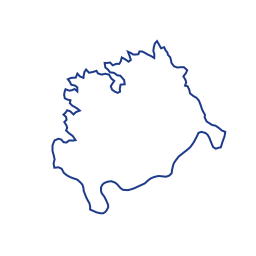 Santa Maria da Serra, São Paulo, Brazil (Mercator projection), rotated 318°
{"feature_id": "56859067B48466471181583", "entity_name": "Santa Maria da Serra", "entity_type": "district", "adm_level": 2, "iso_a3": "BRA", "parent_name": "Brazil", "parent_adm1": "São Paulo", "projection": "mercator", "projection_center": [-48.153, -22.565], "detail": "fine", "context": "isolated", "style": "outline", "palette": "blue", "viewbox_px": 256, "rotation_deg": 318, "n_neighbors": 0, "source": "geoboundaries", "source_scale": "gbopen_adm2", "svg_char_len": 2638}
<svg xmlns="http://www.w3.org/2000/svg" viewBox="0 0 256 256"><g transform="rotate(318 128 128)"><path d="M184.0,204.5L189.2,201.4L194.3,198.7L197.7,195.9L196.1,192.8L195.5,188.6L194.6,184.9L192.5,182.0L190.8,175.8L192.1,171.3L194.0,169.8L194.7,166.6L195.4,163.9L196.9,160.6L199.0,155.2L199.1,151.5L197.9,147.7L197.3,143.8L199.1,140.6L200.2,136.8L198.7,134.7L201.8,133.0L202.9,130.7L203.7,126.7L208.0,125.9L210.7,124.6L210.2,120.2L207.5,117.8L205.1,116.0L203.5,113.0L203.8,108.9L205.6,105.9L206.7,103.5L206.6,100.5L207.8,98.1L207.9,95.4L208.9,92.1L205.9,90.9L206.9,86.6L207.7,82.8L204.5,83.2L201.0,85.4L198.3,87.8L197.0,90.7L194.3,93.5L193.3,90.0L191.8,86.5L190.8,83.4L189.7,80.6L187.7,78.8L185.0,80.1L182.7,78.4L181.0,76.8L180.3,74.1L179.0,71.3L177.6,74.9L175.7,79.3L172.8,79.1L172.0,75.5L170.6,71.4L167.1,73.7L164.4,74.5L162.3,72.5L158.6,71.2L158.5,67.4L156.3,65.9L154.2,64.0L151.7,67.8L152.2,71.4L151.9,74.6L154.5,77.7L155.3,81.6L157.3,84.1L157.2,89.8L154.8,93.3L151.5,90.8L148.1,93.4L146.4,95.7L143.8,94.9L142.6,92.3L141.8,88.8L143.2,85.4L146.4,84.5L149.3,83.8L148.7,80.1L149.6,75.6L147.3,72.4L144.2,70.7L142.2,67.4L142.8,64.4L139.2,62.8L136.0,60.8L136.0,56.5L133.2,57.2L131.1,58.7L128.4,60.9L126.8,57.6L126.8,53.7L122.9,55.6L119.3,52.7L115.9,51.5L115.7,54.6L114.8,57.9L117.1,61.2L117.5,64.0L114.8,66.9L114.4,63.3L111.6,62.4L109.3,60.9L107.5,57.4L105.3,58.6L102.7,60.6L100.9,63.7L102.3,66.9L103.8,68.9L101.4,70.6L101.5,74.0L102.5,76.9L103.3,79.6L103.8,82.8L99.8,81.3L96.6,81.5L96.2,76.8L94.6,74.1L92.1,74.8L89.0,74.9L89.4,78.1L87.9,80.8L84.6,81.0L84.1,84.6L83.0,87.1L80.3,88.5L80.7,92.7L81.6,97.0L80.9,101.9L78.6,100.5L76.0,97.9L72.5,97.6L70.6,95.4L70.7,91.9L69.0,89.4L65.2,88.1L62.9,89.1L60.3,90.4L56.5,94.6L54.8,98.1L52.5,102.2L49.0,104.5L46.7,108.2L50.1,110.8L51.4,113.9L50.3,118.5L51.0,122.6L52.3,126.1L54.1,129.5L55.8,132.5L56.2,136.5L56.2,139.6L54.8,142.7L53.0,145.1L50.9,150.6L49.8,154.2L49.1,157.8L47.3,161.1L45.3,163.2L48.2,169.7L50.7,173.2L52.6,174.8L55.0,175.2L57.3,174.8L60.2,173.7L61.8,171.8L62.7,169.2L63.5,166.8L64.5,162.9L64.8,158.9L66.0,156.5L68.2,154.1L71.0,153.0L73.6,153.0L77.0,154.3L80.0,156.4L81.8,159.8L82.3,162.6L82.2,167.6L82.8,170.4L86.2,174.0L89.0,175.5L92.1,176.9L94.8,177.7L103.3,180.4L108.5,180.4L111.2,180.7L113.6,181.5L117.0,183.1L119.0,184.5L123.6,189.6L126.8,191.0L130.2,190.8L132.6,188.7L136.0,186.3L138.4,184.9L141.3,184.1L146.7,183.1L150.6,183.4L152.9,183.5L156.6,183.8L161.3,183.9L166.2,182.9L168.7,182.1L173.1,180.5L177.2,178.8L180.0,180.0L182.3,183.7L182.6,186.4L182.0,189.4L180.9,192.3L178.5,199.0L179.4,202.2L181.8,203.1L184.0,204.5Z" fill="none" stroke="#1e3a8a" stroke-width="2"/></g></svg>